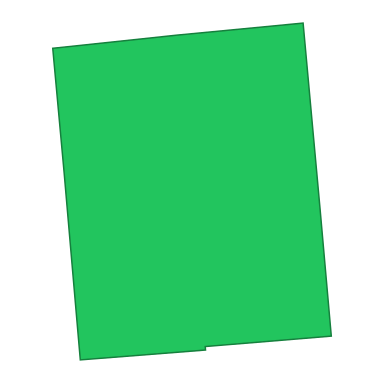 outline of Ellsworth, Kansas, United States of America, rotated 265°
{"feature_id": "52423323B44476326195036", "entity_name": "Ellsworth", "entity_type": "district", "adm_level": 2, "iso_a3": "USA", "parent_name": "United States of America", "parent_adm1": "Kansas", "projection": "albers", "projection_center": [-98.23, 38.696], "detail": "fine", "context": "isolated", "style": "filled", "palette": "green", "viewbox_px": 384, "rotation_deg": 265, "n_neighbors": 0, "source": "geoboundaries", "source_scale": "gbopen_adm2", "svg_char_len": 294}
<svg xmlns="http://www.w3.org/2000/svg" viewBox="0 0 384 384"><g transform="rotate(265 192 192)"><path d="M34.5,66.1L33.4,191.7L36.9,191.7L36.3,318.2L162.5,318.1L350.6,317.4L350.1,254.5L349.6,191.6L347.3,65.8L222.4,66.3L34.5,66.1Z" fill="#22c55e" stroke="#15803d" stroke-width="1.5"/></g></svg>